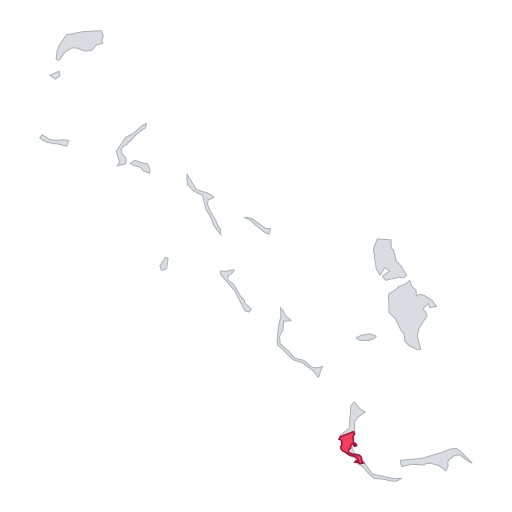 where Central Abaco sits in The Bahamas, rotated 180°
{"feature_id": "BHS-5015", "entity_name": "Central Abaco", "entity_type": "District", "adm_level": 1, "iso_a3": "BHS", "parent_name": "The Bahamas", "parent_adm1": "", "projection": "orthographic", "projection_center": [-77.217, 26.497], "detail": "fine", "context": "in_parent", "style": "filled", "palette": "rose", "viewbox_px": 512, "rotation_deg": 180, "n_neighbors": 0, "source": "natural_earth", "source_scale": "10m", "svg_char_len": 4318}
<svg xmlns="http://www.w3.org/2000/svg" viewBox="0 0 512 512"><g transform="rotate(180 256 256)"><path d="M123.2,199.8L123.0,209.0L123.7,215.8L123.0,218.3L115.5,222.8L113.6,225.4L106.6,227.9L102.3,231.5L100.2,225.6L96.1,222.0L95.4,215.9L92.2,217.9L87.7,216.6L80.2,211.9L75.6,205.5L82.2,204.5L83.5,208.4L88.8,203.7L87.7,201.1L86.7,200.8L85.0,196.1L93.0,183.8L94.8,175.8L91.3,163.0L94.6,162.2L103.5,166.7L107.4,171.2L107.5,177.2L111.2,181.9L116.6,193.2L123.2,199.8ZM129.0,234.5L129.1,236.2L122.2,241.0L127.2,244.4L131.9,237.0L135.6,243.0L137.6,254.3L137.3,256.3L137.6,258.0L138.4,260.1L138.5,263.3L134.7,273.1L121.0,272.1L120.7,263.8L118.6,262.1L115.5,250.3L111.2,246.4L105.4,236.6L108.8,234.1L113.4,235.0L115.7,233.8L122.1,232.9L126.0,231.6L129.0,234.5ZM455.0,460.7L452.9,466.3L445.7,477.1L429.1,480.3L410.8,481.3L409.3,478.4L408.8,475.9L410.1,471.9L409.9,470.4L409.1,468.8L415.8,466.9L420.1,461.9L427.0,460.9L435.7,464.1L440.4,464.0L447.2,460.0L452.6,451.7L455.9,452.6L455.0,460.7ZM158.8,109.3L157.4,109.9L151.5,102.4L146.8,100.1L154.2,94.8L157.4,90.2L157.3,80.1L159.1,74.6L158.5,69.9L160.2,65.0L158.0,59.5L151.8,55.2L139.6,37.9L120.3,33.7L110.3,33.5L115.8,30.7L120.9,31.1L128.7,32.8L138.0,33.6L143.7,38.7L149.2,45.4L154.1,48.1L156.1,49.9L155.9,51.8L156.7,53.6L163.1,56.8L169.6,61.9L171.6,76.8L162.8,83.8L161.2,105.4L158.8,109.3ZM73.1,46.4L81.3,48.8L85.7,48.5L88.3,47.0L100.5,47.7L110.3,45.5L111.7,49.6L111.4,51.7L90.6,53.5L71.4,59.2L60.9,63.1L56.0,63.5L52.2,61.3L39.8,49.0L43.1,50.2L52.4,57.3L58.2,56.1L63.6,51.6L64.4,48.1L63.7,46.5L66.1,41.1L73.1,46.4ZM198.3,140.8L209.6,149.2L219.2,152.4L229.7,163.0L234.2,166.8L235.0,170.2L233.4,186.1L231.1,195.6L231.5,204.0L229.0,201.5L226.5,196.1L222.4,193.0L221.1,191.3L228.4,190.9L229.0,182.3L232.5,175.5L231.9,168.4L223.3,160.7L217.5,153.9L208.5,151.7L200.2,145.0L195.3,144.1L189.3,145.4L191.4,141.3L192.9,135.9L194.0,134.9L198.3,140.8ZM325.2,335.5L324.8,337.5L315.7,322.5L304.6,319.0L298.2,315.5L299.5,313.4L303.9,312.4L304.5,307.6L302.6,302.5L296.6,292.1L293.3,285.1L291.8,283.5L291.3,277.5L298.3,286.6L301.3,294.8L306.0,302.7L309.3,316.4L318.2,321.0L324.7,327.5L325.2,335.5ZM370.4,386.0L365.5,388.4L366.5,384.4L375.8,377.6L380.9,371.6L383.8,369.5L384.8,367.8L388.9,365.6L390.9,361.8L390.2,358.7L385.8,353.8L385.8,350.2L387.2,347.7L394.5,346.3L392.6,350.1L395.7,360.8L386.4,374.5L378.2,378.8L370.4,386.0ZM291.2,237.3L291.7,241.2L287.1,240.4L280.3,242.0L277.8,242.1L279.3,239.5L284.0,235.8L284.2,232.4L278.3,227.6L271.3,215.5L268.1,212.7L266.6,208.1L260.8,203.3L262.0,200.7L263.1,200.0L267.0,201.2L276.0,218.6L276.5,220.3L291.2,237.3ZM451.5,367.4L455.9,368.4L458.2,368.2L466.3,370.2L471.1,373.2L472.2,374.4L469.8,377.3L462.2,372.3L455.8,371.8L446.8,372.2L443.2,371.4L445.4,365.7L451.5,367.4ZM380.0,347.2L381.6,348.6L377.2,351.7L367.1,348.2L364.9,348.5L362.8,344.5L362.0,341.6L362.4,338.9L368.4,340.9L371.7,344.7L380.0,347.2ZM150.5,176.7L142.7,178.2L137.2,176.7L135.8,175.4L138.1,173.4L143.4,171.6L151.7,171.5L155.4,173.5L155.8,174.4L150.5,176.7ZM267.3,294.4L264.4,294.8L259.2,292.9L246.9,283.8L241.3,283.1L243.1,277.9L247.4,279.7L257.3,287.5L261.0,291.4L267.3,294.4ZM352.1,246.2L346.8,254.5L343.9,253.9L345.3,243.5L349.1,241.8L350.6,241.9L352.1,246.2ZM462.2,436.8L452.9,440.8L451.9,436.4L456.5,432.8L462.2,436.8Z" fill="#d9dde1" stroke="#a8b0b8" stroke-width="1"/><path d="M158.5,80.4L158.3,79.5L157.2,78.3L159.3,75.1L159.2,74.4L158.6,73.5L158.5,68.1L159.5,68.1L160.3,67.7L160.8,67.0L161.3,66.1L161.4,65.7L161.3,64.2L161.5,63.7L161.9,63.4L162.4,63.2L162.7,63.0L163.4,61.8L163.7,60.4L163.2,59.3L160.8,58.7L159.3,57.9L153.0,57.0L151.8,56.2L151.0,55.0L150.2,53.1L150.5,52.6L150.6,52.0L150.4,51.4L149.6,50.3L149.3,49.5L149.1,49.2L148.7,49.0L151.9,48.3L153.3,49.3L154.9,49.8L157.2,49.9L156.6,50.8L155.7,51.1L153.5,51.0L154.4,53.0L155.8,54.7L157.6,55.8L161.7,56.6L163.6,57.5L166.9,59.9L169.3,61.2L170.1,61.9L170.8,62.9L171.3,64.3L171.3,65.5L170.4,66.1L170.2,66.6L170.2,70.0L170.4,71.2L171.0,72.0L171.9,72.5L173.0,72.8L172.1,74.5L172.0,75.1L158.5,80.4ZM157.6,65.8L158.0,66.1L158.1,66.4L158.1,66.5L158.0,66.4L157.7,66.4L157.7,66.5L157.8,66.6L157.7,66.7L157.6,67.6L157.8,68.5L157.4,68.8L157.1,68.8L156.9,68.8L156.3,68.5L156.0,67.7L155.7,67.1L155.3,66.7L155.4,66.4L155.7,66.5L156.0,66.2L156.4,65.8L156.9,65.7L157.6,65.8Z" fill="#f43f5e" stroke="#9f1239" stroke-width="1.5"/></g></svg>